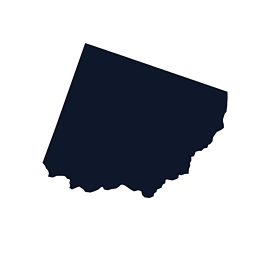 Granito, Pernambuco, Brazil (orthographic projection), rotated 122°
{"feature_id": "56859067B26084902822127", "entity_name": "Granito", "entity_type": "district", "adm_level": 2, "iso_a3": "BRA", "parent_name": "Brazil", "parent_adm1": "Pernambuco", "projection": "orthographic", "projection_center": [-39.657, -7.79], "detail": "fine", "context": "isolated", "style": "filled", "palette": "ink", "viewbox_px": 256, "rotation_deg": 122, "n_neighbors": 0, "source": "geoboundaries", "source_scale": "gbopen_adm2", "svg_char_len": 1405}
<svg xmlns="http://www.w3.org/2000/svg" viewBox="0 0 256 256"><g transform="rotate(122 128 128)"><path d="M79.2,208.4L123.0,198.6L164.2,189.4L167.4,188.7L202.3,181.4L202.8,179.3L203.7,177.5L205.0,175.7L205.7,172.9L208.1,170.2L210.6,169.6L209.9,167.8L209.1,165.8L205.8,163.7L204.6,161.8L201.6,156.9L201.7,154.5L202.5,152.7L201.7,151.1L202.1,148.8L205.2,148.0L207.2,145.7L209.1,145.4L209.1,143.4L204.7,140.3L202.6,138.6L202.9,135.9L202.8,133.7L204.0,130.3L202.0,126.1L199.3,123.8L195.5,121.2L191.4,119.9L190.4,118.1L192.0,115.7L190.9,112.7L189.3,111.2L187.8,110.0L186.6,108.5L185.1,106.6L182.6,105.4L179.7,104.7L178.2,103.0L177.7,100.4L177.7,98.4L177.9,95.5L178.0,92.3L177.9,89.9L176.6,88.5L174.9,87.0L174.0,84.8L174.0,82.6L176.3,80.5L177.3,77.7L176.5,75.5L175.2,73.0L172.2,70.9L169.9,72.1L167.0,70.8L164.7,71.6L160.8,68.8L157.1,69.3L155.1,68.0L151.7,69.6L150.3,68.0L148.3,63.0L145.9,61.0L143.7,59.7L140.1,61.2L139.2,58.1L136.3,56.0L134.4,53.3L130.7,55.4L127.4,55.9L125.2,57.7L122.1,57.8L119.0,60.1L116.8,58.0L114.4,58.2L112.3,59.0L109.0,56.1L108.1,54.3L104.6,53.5L102.6,51.1L99.5,51.8L97.7,50.5L94.5,50.1L91.1,51.7L84.1,51.3L79.6,48.5L77.1,47.6L74.7,49.2L72.7,51.4L70.6,52.8L64.6,54.3L62.2,53.9L56.7,56.4L54.8,57.6L52.5,58.8L49.9,60.2L45.4,63.2L46.6,68.2L47.2,70.8L62.6,137.2L66.3,153.4L67.4,157.9L69.0,165.0L70.3,170.6L73.5,184.1L79.2,208.4Z" fill="#0f172a" stroke="#020617" stroke-width="1.5"/></g></svg>